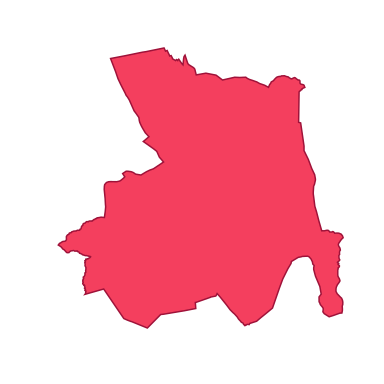 Francisco I. Madero, Hidalgo, Mexico, rotated 260°
{"feature_id": "50627088B57086733135825", "entity_name": "Francisco I. Madero", "entity_type": "district", "adm_level": 2, "iso_a3": "MEX", "parent_name": "Mexico", "parent_adm1": "Hidalgo", "projection": "orthographic", "projection_center": [-99.084, 20.241], "detail": "fine", "context": "isolated", "style": "filled", "palette": "rose", "viewbox_px": 384, "rotation_deg": 260, "n_neighbors": 0, "source": "geoboundaries", "source_scale": "gbopen_adm2", "svg_char_len": 5839}
<svg xmlns="http://www.w3.org/2000/svg" viewBox="0 0 384 384"><g transform="rotate(260 192 192)"><path d="M45.3,305.4L45.8,309.4L47.0,316.5L46.8,318.6L47.8,319.0L49.1,319.5L50.6,319.8L53.4,320.1L55.2,321.0L56.4,321.2L57.3,321.4L59.2,321.4L61.4,320.9L62.7,319.9L66.6,317.3L69.2,316.5L72.0,317.1L73.4,317.7L75.7,319.3L76.2,320.0L77.5,321.2L78.3,322.0L79.0,322.3L80.7,322.1L83.7,321.1L85.3,321.2L89.8,322.0L91.0,322.6L91.9,322.7L92.5,323.8L93.5,324.4L94.0,324.2L95.2,323.3L95.9,324.1L96.2,324.1L97.0,323.1L97.3,323.0L97.5,323.0L98.8,325.2L99.4,325.7L99.9,325.7L100.4,325.4L101.3,325.3L104.0,325.6L104.8,326.5L106.7,326.7L108.2,327.2L109.0,328.0L110.3,328.0L111.7,327.8L112.8,327.2L114.1,327.0L114.9,327.0L115.9,327.5L118.4,329.9L119.5,331.1L120.7,332.9L122.7,332.6L124.6,331.6L126.0,329.4L126.5,327.0L126.6,325.4L127.4,325.0L128.3,324.3L128.6,323.7L128.3,323.0L128.7,320.7L129.7,320.2L130.4,319.7L130.7,319.1L130.9,317.9L130.8,315.6L131.3,313.0L141.7,311.9L150.8,311.2L156.6,310.5L166.6,311.0L169.1,311.1L170.8,311.4L176.6,312.8L178.4,314.0L182.3,315.6L183.3,315.8L187.7,315.8L194.3,314.0L203.9,312.2L213.3,309.5L217.8,310.3L241.2,311.0L242.1,309.1L271.8,314.8L272.2,315.0L272.5,315.4L273.0,316.5L273.9,317.7L273.9,317.9L274.2,317.8L274.9,319.3L275.4,321.3L276.7,321.0L277.1,321.0L277.8,320.8L278.2,320.4L278.6,319.7L279.2,318.2L279.8,317.5L280.1,317.4L280.5,317.3L282.7,317.6L283.3,317.3L283.7,316.9L283.8,316.0L285.5,314.3L286.1,313.9L286.6,313.4L286.9,312.7L286.5,311.0L286.2,310.3L286.2,309.5L286.7,308.7L287.7,307.5L288.6,306.8L289.5,304.7L290.4,303.3L290.8,300.2L290.4,298.9L290.4,298.6L290.7,298.1L290.5,296.0L290.2,295.1L288.4,292.5L287.8,292.0L287.5,291.6L286.6,289.1L285.3,288.3L284.9,287.8L284.4,287.1L283.4,286.6L282.8,286.0L281.8,285.5L284.5,282.1L286.4,278.7L286.9,277.7L287.9,276.4L289.1,275.0L291.2,271.3L292.9,268.1L294.2,266.3L295.7,264.9L296.5,258.8L297.6,254.0L297.0,241.5L302.9,236.0L306.6,226.3L306.6,216.5L312.3,216.1L313.0,215.9L314.2,215.1L317.9,211.0L319.0,210.3L319.7,210.1L328.0,208.9L326.8,207.7L324.8,206.9L318.8,205.2L320.5,204.1L325.1,202.0L324.4,200.9L324.0,200.7L325.1,199.8L324.6,198.9L324.3,198.6L326.6,195.9L327.0,196.0L327.5,195.9L330.0,195.1L329.8,193.7L331.4,193.3L332.7,192.9L335.7,192.1L335.3,190.4L338.7,189.5L338.2,171.1L338.3,167.4L337.8,149.8L337.6,135.0L334.4,135.6L323.6,137.7L316.4,138.8L310.2,140.5L300.8,143.4L299.0,143.8L298.1,144.2L296.9,144.9L293.6,146.2L281.9,149.1L279.4,150.4L274.9,152.5L274.3,152.6L271.5,152.5L269.8,152.6L267.3,153.2L265.5,153.7L262.6,154.7L258.4,156.3L253.9,159.2L250.2,152.8L241.6,161.3L238.6,164.0L237.7,164.5L232.0,165.9L226.5,169.2L221.7,158.4L221.4,157.3L220.9,154.3L219.9,150.7L217.6,144.7L219.4,139.5L220.5,138.5L221.7,137.1L222.6,135.5L223.5,132.8L223.8,131.5L223.9,130.7L222.2,126.9L218.6,128.4L217.7,127.2L215.9,124.1L215.3,122.6L215.2,119.6L216.4,113.4L216.6,111.6L216.2,109.4L214.5,107.3L212.9,106.7L209.8,106.0L200.6,105.3L194.8,104.6L192.4,104.4L188.0,103.2L182.1,101.3L183.0,98.1L183.0,96.9L182.9,95.9L183.0,95.4L182.9,94.7L183.0,94.5L183.1,94.1L182.4,93.2L182.5,92.4L182.4,92.0L182.0,91.6L181.8,91.3L181.9,90.5L181.3,89.5L181.0,89.2L181.0,88.9L180.7,88.4L180.9,88.2L181.2,86.1L181.2,85.5L180.8,84.9L180.7,84.6L180.9,84.0L181.1,83.6L181.1,83.0L180.5,81.9L179.9,81.2L179.8,79.7L179.2,79.0L178.3,78.8L177.9,78.4L177.8,77.9L177.5,77.5L177.0,77.1L176.7,77.1L176.5,76.9L175.6,76.6L175.0,76.2L174.8,75.8L174.7,75.1L174.1,74.9L173.9,74.7L173.9,73.8L174.2,73.1L174.2,72.5L174.1,71.9L173.8,71.4L173.8,70.7L173.9,70.2L174.0,68.5L173.8,67.8L173.6,66.5L173.0,66.0L172.9,64.3L172.6,63.8L171.7,63.4L171.4,62.0L170.5,61.0L169.8,60.5L167.0,60.1L165.9,59.2L165.6,58.2L165.7,56.2L165.2,54.7L164.8,54.0L164.5,53.2L164.5,52.7L163.0,51.1L160.9,53.4L158.0,55.1L157.3,56.1L154.2,58.0L153.8,59.0L153.7,60.3L154.3,61.0L154.9,62.2L155.0,62.7L155.0,63.1L154.9,63.5L155.0,65.0L154.8,65.5L154.1,66.3L154.1,66.9L153.8,67.7L154.0,68.0L154.0,68.5L153.8,68.9L153.5,69.1L153.1,69.1L152.8,69.7L152.1,70.5L151.8,70.6L151.2,70.6L151.0,71.1L150.2,72.4L149.8,72.9L149.4,73.1L149.0,73.6L148.8,74.3L148.4,74.8L147.7,76.4L147.7,77.2L147.3,77.7L147.2,78.4L146.8,78.8L146.8,79.2L146.0,80.9L145.5,80.7L145.2,80.3L144.9,79.5L144.7,78.6L144.5,78.2L144.2,78.0L144.2,77.6L144.5,77.1L144.2,76.7L143.9,76.4L144.2,75.7L143.4,75.5L143.2,75.3L143.0,74.6L142.6,74.6L141.8,74.9L141.5,74.8L141.4,74.3L141.2,74.2L139.5,74.2L138.8,74.1L138.4,73.9L137.7,73.9L136.2,74.4L135.9,74.4L134.0,74.0L133.1,73.6L131.6,73.5L131.2,73.3L130.9,72.5L129.0,72.2L127.6,71.2L127.0,70.1L126.1,70.4L125.5,70.1L125.2,69.7L124.6,69.7L124.2,69.1L123.6,69.2L123.1,68.9L122.3,69.1L121.9,69.2L121.7,69.1L121.5,68.7L120.9,68.5L120.6,68.5L120.1,68.7L119.7,69.0L119.6,69.4L119.4,69.5L118.9,69.3L118.6,70.0L117.5,69.8L117.0,70.0L116.5,70.1L116.3,70.0L116.0,69.4L115.7,69.4L115.3,69.7L115.3,69.9L115.1,70.1L114.4,70.1L114.2,69.7L113.7,69.5L113.5,70.0L113.4,70.1L112.9,70.0L112.6,70.3L111.6,69.8L110.5,69.9L110.3,69.7L110.3,69.3L109.8,68.8L111.8,88.2L79.2,102.9L77.0,106.2L75.1,109.4L74.8,110.1L65.8,124.4L76.8,139.9L76.6,142.8L76.4,163.8L76.6,175.5L82.6,176.1L82.6,176.7L85.1,191.9L85.3,192.0L85.4,197.3L85.8,197.8L87.6,199.1L83.9,201.4L74.4,206.6L69.6,209.0L66.1,211.4L64.5,212.7L61.2,214.8L58.7,215.8L56.6,217.2L55.1,218.0L54.3,219.2L53.8,219.6L53.0,219.7L52.4,220.0L52.0,220.5L51.3,220.7L51.3,221.6L51.4,222.0L51.9,222.2L52.0,223.7L51.5,225.3L52.5,226.0L53.5,233.2L56.4,238.1L59.2,243.2L63.7,251.1L82.4,261.5L90.6,266.3L99.8,273.1L104.4,277.1L106.3,277.8L109.2,285.3L109.2,288.1L109.4,289.4L109.0,292.7L108.7,294.8L107.7,296.2L104.9,297.8L103.6,298.0L102.5,298.5L101.4,298.4L99.9,298.5L98.4,299.5L96.3,298.7L94.6,298.4L90.8,298.7L87.6,299.0L76.7,301.5L69.0,301.5L66.6,298.9L61.8,298.1L60.4,298.6L58.9,298.8L55.7,300.6L54.5,301.0L53.1,300.7L51.3,300.1L49.2,301.1L45.3,305.4Z" fill="#f43f5e" stroke="#9f1239" stroke-width="1.5"/></g></svg>